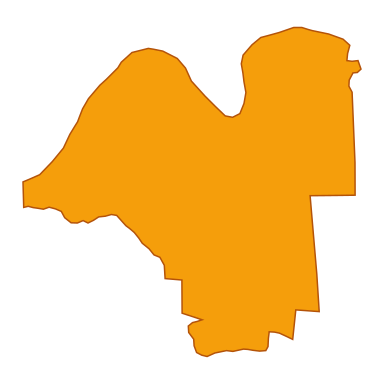 outline of Porto Xavier, Rio Grande do Sul, Brazil
{"feature_id": "56859067B25276568047919", "entity_name": "Porto Xavier", "entity_type": "district", "adm_level": 2, "iso_a3": "BRA", "parent_name": "Brazil", "parent_adm1": "Rio Grande do Sul", "projection": "robinson", "projection_center": [-55.156, -27.94], "detail": "fine", "context": "isolated", "style": "filled", "palette": "amber", "viewbox_px": 384, "rotation_deg": 0, "n_neighbors": 0, "source": "geoboundaries", "source_scale": "gbopen_adm2", "svg_char_len": 1504}
<svg xmlns="http://www.w3.org/2000/svg" viewBox="0 0 384 384"><path d="M349.8,45.3L343.1,39.2L328.6,34.0L312.2,30.6L307.9,29.4L301.9,27.5L293.7,27.5L279.2,32.5L267.6,35.7L260.8,37.5L252.1,44.7L243.1,55.1L241.3,63.8L242.9,72.9L244.0,81.9L245.9,92.5L244.0,103.5L239.9,113.6L232.6,117.3L225.2,115.9L215.0,106.1L204.8,95.9L199.1,89.6L191.4,81.1L185.5,68.1L177.3,58.5L162.8,51.1L153.4,49.2L148.3,48.4L132.0,52.5L121.3,62.2L117.8,67.9L106.4,79.3L99.9,85.2L88.5,98.6L82.6,108.8L79.4,117.0L77.6,121.8L74.9,126.1L69.9,134.3L63.4,148.1L52.3,161.6L39.7,174.7L27.1,180.2L23.0,181.9L23.7,207.4L28.2,206.3L33.2,207.6L37.5,208.2L43.4,209.2L49.1,207.2L55.5,208.9L61.3,211.4L64.7,217.7L71.1,222.8L77.4,223.0L83.1,220.6L88.0,223.0L93.5,220.3L98.7,216.9L105.3,216.2L111.4,214.5L116.7,215.4L125.9,225.7L129.4,228.3L134.3,232.5L138.8,238.1L142.3,243.3L149.1,248.8L154.0,254.9L159.9,257.3L164.3,265.3L164.7,272.0L165.1,278.6L181.9,280.0L182.1,313.2L202.1,319.8L197.3,321.4L192.5,322.6L188.3,326.0L188.7,332.5L193.7,339.2L194.1,345.8L196.6,352.5L201.8,355.2L207.1,356.5L214.9,353.0L226.5,350.6L232.9,351.4L243.5,349.1L247.9,349.4L253.0,350.3L259.6,351.1L265.8,350.6L268.0,346.6L268.4,338.4L269.2,331.8L274.5,332.1L279.3,333.1L285.0,335.7L292.7,339.4L295.8,309.9L319.2,311.6L316.8,274.1L311.3,209.8L310.1,195.7L339.6,195.4L355.1,195.2L355.0,162.7L352.1,92.2L348.9,86.2L349.2,80.1L353.0,72.9L357.3,72.5L361.0,69.1L358.0,60.6L352.1,61.3L346.9,60.6L347.6,53.5L349.8,45.3Z" fill="#f59e0b" stroke="#b45309" stroke-width="1.5"/></svg>